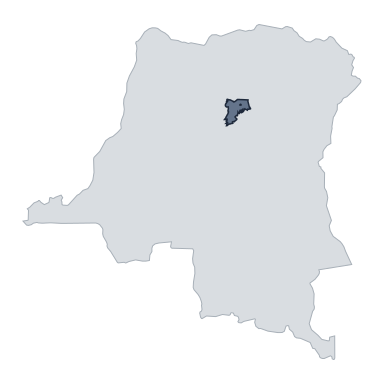 Isangi, Orientale, Democratic Republic of the Congo shown in context
{"feature_id": "63176286B30130216174864", "entity_name": "Isangi", "entity_type": "district", "adm_level": 2, "iso_a3": "COD", "parent_name": "Democratic Republic of the Congo", "parent_adm1": "Orientale", "projection": "mercator", "projection_center": [24.08, 0.36], "detail": "fine", "context": "in_parent", "style": "filled", "palette": "slate", "viewbox_px": 384, "rotation_deg": 0, "n_neighbors": 0, "source": "geoboundaries", "source_scale": "gbopen_adm2", "svg_char_len": 6909}
<svg xmlns="http://www.w3.org/2000/svg" viewBox="0 0 384 384"><path d="M351.7,264.5L318.8,269.8L319.5,271.7L319.2,273.6L318.3,275.2L315.0,279.3L310.0,283.0L310.0,283.9L312.5,288.2L314.1,293.9L313.7,304.1L314.4,306.9L314.2,309.0L312.6,311.4L309.2,323.7L311.5,329.7L318.0,335.3L321.8,339.4L328.2,340.9L329.3,340.7L329.7,337.2L334.7,335.9L334.8,358.0L334.4,359.2L333.5,359.5L332.2,358.8L331.8,356.7L330.5,355.8L324.2,358.5L322.6,358.5L320.9,358.0L319.6,356.9L319.3,355.2L314.8,348.7L312.7,348.3L310.2,342.5L300.4,338.3L296.6,337.9L294.6,336.6L292.7,332.1L289.4,329.2L288.7,326.0L288.0,325.5L286.0,326.1L284.3,331.3L282.1,332.5L278.0,332.6L267.9,331.1L260.7,328.5L258.8,328.6L255.9,326.3L254.7,322.3L255.4,319.3L254.8,318.8L243.8,321.4L241.2,322.9L238.7,322.6L237.9,321.7L239.0,319.6L238.5,317.4L237.7,316.3L234.4,315.5L233.4,313.1L231.4,312.7L230.7,313.1L230.2,314.7L229.1,315.3L222.5,314.5L215.6,316.6L206.5,316.0L202.1,318.6L201.5,318.5L200.6,317.2L199.7,313.1L200.1,311.9L201.5,311.1L202.0,309.4L201.5,305.1L201.9,304.1L201.4,301.6L200.0,297.7L198.1,294.5L194.0,289.7L193.2,287.4L193.5,282.0L194.9,273.5L194.7,267.2L193.0,263.1L192.6,258.7L193.7,250.7L192.7,248.8L171.9,248.2L171.0,247.6L170.6,246.5L171.5,241.8L158.9,243.0L155.1,243.9L152.7,245.8L151.9,248.2L151.9,251.6L149.9,254.9L149.4,260.5L145.9,261.1L142.4,261.1L135.6,259.9L129.0,261.5L125.8,263.0L124.1,262.3L118.2,262.9L117.4,262.4L110.6,251.4L107.6,247.8L107.0,246.0L107.3,244.3L106.5,242.0L103.3,236.4L102.7,233.8L102.9,229.7L102.5,228.3L99.7,224.7L97.8,223.6L95.8,223.0L61.8,223.4L50.5,222.8L42.3,223.2L38.2,222.9L37.0,222.4L33.3,223.2L31.3,224.7L28.4,225.4L26.6,225.1L23.0,221.1L27.8,220.3L28.2,219.9L28.5,210.2L27.3,208.8L29.8,207.2L34.0,202.9L38.0,201.3L38.5,200.5L39.4,200.5L40.9,202.3L44.3,204.6L48.7,202.6L49.1,202.0L49.7,197.8L50.8,197.5L52.6,198.4L53.7,198.4L55.5,197.2L61.1,195.1L62.7,197.7L61.2,200.2L61.9,201.9L62.0,204.5L62.9,205.1L67.3,205.4L68.5,204.8L77.2,195.2L79.4,194.1L83.1,190.3L87.9,188.6L90.0,185.6L92.8,180.2L94.0,172.5L93.6,159.2L94.0,157.4L99.8,151.4L105.8,140.5L109.8,137.7L112.8,136.5L117.5,132.5L121.2,128.5L120.7,123.7L121.6,119.7L123.6,114.6L124.3,109.3L123.6,103.6L123.9,99.0L126.7,91.6L126.9,83.1L129.4,76.0L134.3,66.9L136.7,60.2L136.2,53.5L136.9,48.6L136.6,45.7L135.7,43.2L136.2,41.7L138.0,41.0L140.4,38.5L144.6,32.0L149.1,28.8L152.2,27.8L155.5,27.9L157.7,28.4L161.1,31.0L165.1,33.1L168.1,35.6L171.0,39.6L178.0,40.5L181.0,41.9L182.9,42.4L183.6,42.1L185.0,42.3L188.3,43.5L191.0,42.8L204.0,45.4L205.5,44.1L209.2,37.3L211.9,34.9L216.3,34.7L219.8,36.0L221.7,36.0L237.7,30.1L239.7,29.8L245.6,31.3L249.3,30.3L250.9,30.6L254.1,29.6L256.8,25.5L259.0,24.5L282.0,28.9L285.6,26.7L287.2,26.5L292.3,28.1L293.9,30.6L297.0,32.8L299.2,36.3L302.6,38.4L304.3,40.3L306.3,41.6L310.5,42.0L315.8,38.8L319.6,39.2L323.3,40.9L324.6,40.8L327.5,39.0L329.0,36.9L330.4,36.5L332.6,37.4L334.5,39.3L336.1,42.0L341.8,48.1L347.4,50.7L348.8,54.5L350.8,54.1L351.8,54.5L353.2,56.9L354.2,57.3L354.4,58.3L353.0,60.6L351.7,64.8L353.5,67.5L352.0,71.3L351.3,75.2L353.1,76.2L355.4,76.2L357.6,78.2L359.2,78.5L361.0,80.7L360.6,82.5L355.1,88.9L346.8,96.8L344.1,97.8L342.6,99.2L341.6,101.5L339.2,103.5L337.4,104.3L337.2,109.9L334.4,115.8L333.4,117.0L331.9,126.6L332.1,128.3L330.6,136.1L330.9,143.4L326.9,145.7L324.1,149.3L322.9,151.8L323.0,157.7L318.5,161.4L318.1,162.2L319.3,166.4L320.9,167.0L320.9,168.4L324.6,172.9L324.4,186.8L324.6,188.2L326.5,191.5L327.8,197.7L326.4,205.7L331.4,220.4L329.2,225.8L330.2,230.9L333.2,236.4L340.3,241.7L342.1,243.9L343.9,246.8L345.6,251.4L351.7,264.5Z" fill="#d9dde1" stroke="#a8b0b8" stroke-width="1"/><path d="M237.4,99.5L236.9,99.9L236.7,100.1L236.6,100.3L236.4,100.4L236.0,100.7L235.5,101.1L235.2,101.3L234.9,101.5L234.6,101.8L234.4,101.7L234.2,101.6L233.9,101.5L233.5,101.4L233.4,101.4L233.0,101.2L232.9,101.2L232.9,101.3L232.8,101.2L232.7,101.2L232.4,101.0L232.2,100.9L231.8,100.7L231.6,100.6L231.3,100.4L231.1,100.3L230.8,100.2L230.6,100.1L230.4,100.1L230.2,99.9L229.9,99.8L229.7,99.9L229.1,99.8L228.9,99.8L228.6,99.6L228.3,99.6L228.2,99.6L227.8,99.4L227.4,99.3L227.1,99.3L226.9,99.2L226.6,99.1L226.8,99.2L226.8,99.3L227.3,100.2L227.5,100.5L227.7,100.8L227.7,101.1L227.5,101.5L227.4,101.7L227.3,101.8L226.8,101.6L226.7,101.5L226.6,101.2L226.5,101.4L226.5,102.0L226.5,102.6L226.4,102.9L226.4,103.1L226.0,103.6L225.7,103.9L225.5,104.3L225.5,104.6L225.4,104.9L225.4,105.7L225.5,106.0L225.8,106.3L226.2,106.7L226.3,106.9L226.6,107.0L226.8,107.0L227.1,107.0L227.3,107.0L227.6,107.0L228.1,106.9L228.1,107.1L228.1,107.3L228.3,107.7L228.4,108.1L228.2,109.3L228.2,109.9L228.1,110.3L227.9,110.9L228.0,111.2L228.1,111.3L228.4,111.5L228.5,111.7L228.5,111.9L228.2,112.3L228.3,112.7L228.2,112.8L228.2,113.0L227.9,113.8L227.7,114.1L227.4,114.7L227.0,115.2L226.9,115.6L226.2,116.8L226.1,117.0L225.9,117.3L225.9,117.5L225.9,117.8L225.8,118.0L225.7,118.1L225.5,118.3L225.3,118.5L225.2,118.7L225.1,118.8L224.7,119.2L224.5,119.5L224.9,119.5L225.3,119.5L226.0,119.4L226.3,119.3L227.1,119.2L227.1,119.4L227.1,119.5L227.1,119.8L227.0,120.1L227.0,120.4L226.8,120.5L226.5,120.7L226.3,120.9L226.2,121.1L226.2,121.3L226.3,121.6L226.8,122.2L227.0,122.1L227.4,122.2L227.6,122.4L227.6,122.5L227.4,122.6L226.3,123.1L226.0,123.4L226.7,123.4L227.0,123.4L227.1,123.5L226.8,124.6L226.5,125.7L227.4,125.5L227.5,125.4L228.1,124.7L228.4,124.5L228.8,124.0L229.0,123.9L229.4,124.0L229.5,124.1L230.0,124.0L230.5,123.9L230.9,123.6L231.1,123.6L231.3,123.6L231.5,123.5L231.9,123.5L232.4,123.4L232.6,123.4L232.8,123.3L232.5,122.5L232.4,122.1L232.4,121.9L232.7,121.7L233.1,121.7L233.5,121.5L234.0,121.8L234.4,121.7L234.5,121.6L234.6,121.4L234.7,121.2L234.8,121.2L235.0,121.0L235.1,120.9L236.6,119.7L236.8,119.5L236.8,119.3L236.8,119.0L236.7,118.7L236.3,118.5L236.1,118.3L235.4,117.4L235.1,117.2L235.0,116.9L235.4,116.5L235.9,116.0L236.0,115.9L236.2,115.7L236.5,115.4L236.9,115.5L237.2,115.8L237.3,115.8L237.4,115.7L237.3,115.4L237.5,115.1L237.6,114.7L237.6,114.4L238.0,112.5L238.0,112.2L238.4,112.8L239.1,113.5L239.3,113.5L239.5,112.2L239.6,111.9L239.7,111.3L240.1,110.3L240.8,110.3L241.5,110.2L242.1,109.8L242.4,109.5L242.8,109.2L242.8,109.6L242.9,109.9L242.9,110.0L243.0,110.6L242.6,111.2L242.2,111.3L241.9,111.3L241.6,111.4L241.1,111.8L240.9,112.2L240.8,112.4L240.8,112.6L241.2,112.7L241.6,112.7L243.3,111.6L243.6,111.2L244.0,110.3L244.2,110.0L244.4,109.8L244.7,108.9L244.8,108.8L244.9,109.0L245.4,109.3L245.5,109.3L247.3,110.1L247.3,109.8L247.3,109.4L247.5,109.2L247.9,109.1L248.1,109.2L248.3,109.3L248.5,109.3L249.4,109.1L249.5,109.0L250.4,108.9L250.4,108.7L250.5,108.4L250.4,108.3L249.9,107.9L249.9,107.7L249.5,107.9L249.1,106.1L249.0,105.8L248.6,104.1L247.9,101.4L248.0,99.9L247.8,99.9L247.4,99.9L243.9,99.7L241.1,99.6L240.4,99.6L239.3,99.5L237.4,99.5ZM240.0,105.2L239.9,104.8L240.0,104.6L240.2,104.4L240.4,104.4L240.5,104.3L240.8,104.4L241.0,104.5L241.1,104.8L241.1,105.0L240.2,105.2L240.0,105.2Z" fill="#64748b" stroke="#1e293b" stroke-width="1.5"/></svg>